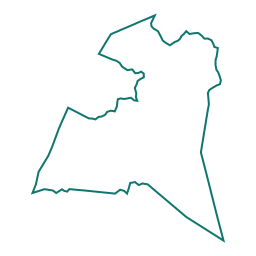 outline of Ingá, Paraíba, Brazil
{"feature_id": "56859067B54880243717601", "entity_name": "Ingá", "entity_type": "district", "adm_level": 2, "iso_a3": "BRA", "parent_name": "Brazil", "parent_adm1": "Paraíba", "projection": "robinson", "projection_center": [-35.625, -7.279], "detail": "fine", "context": "isolated", "style": "outline", "palette": "teal", "viewbox_px": 256, "rotation_deg": 0, "n_neighbors": 0, "source": "geoboundaries", "source_scale": "gbopen_adm2", "svg_char_len": 1406}
<svg xmlns="http://www.w3.org/2000/svg" viewBox="0 0 256 256"><path d="M38.6,171.8L35.9,184.3L32.5,193.0L44.4,189.2L47.8,189.7L52.9,190.5L56.2,193.0L62.0,189.3L64.2,190.9L67.1,191.6L69.4,189.1L77.4,189.9L83.5,190.4L115.1,193.6L120.1,189.7L124.2,190.9L127.0,193.6L128.7,188.6L130.2,183.0L135.0,182.1L138.9,185.1L142.4,183.5L147.6,184.3L186.3,217.0L223.5,240.6L216.9,215.4L206.9,175.7L200.9,152.4L207.3,113.0L208.9,104.3L207.9,92.9L209.3,90.0L212.3,88.0L216.9,85.3L219.9,84.2L220.9,80.4L219.6,76.1L218.2,72.3L216.5,70.0L215.5,64.8L215.6,59.9L216.7,56.3L217.3,52.3L217.8,48.0L214.3,46.9L213.3,43.8L211.4,40.2L208.0,38.6L204.3,38.6L201.9,35.8L198.1,32.9L193.5,33.3L189.6,34.0L186.2,31.2L183.7,34.2L181.5,36.0L180.0,38.8L178.0,40.7L174.7,42.0L169.9,45.3L166.0,43.0L162.8,40.6L160.3,35.6L158.0,31.2L153.7,28.6L151.5,26.3L151.1,23.2L154.8,15.4L138.7,22.2L135.2,23.8L127.2,27.2L110.9,34.2L107.5,39.6L98.9,53.9L112.0,59.4L116.4,60.8L119.6,62.8L122.1,66.7L127.3,70.1L132.2,69.4L135.2,73.2L138.3,73.0L141.1,71.7L143.7,73.5L143.8,77.3L140.6,78.9L137.6,81.0L136.7,84.2L134.8,88.0L136.3,93.3L135.9,97.1L137.2,100.8L134.3,100.4L130.9,97.7L127.2,98.5L124.0,99.0L120.9,98.4L117.9,99.2L117.3,102.3L116.8,106.6L114.8,111.4L110.8,110.7L107.1,111.9L104.9,115.0L101.6,116.5L98.4,117.0L95.4,119.4L92.5,118.6L88.9,118.4L68.1,107.7L59.0,128.2L52.2,146.7L48.3,155.8L38.6,171.8Z" fill="none" stroke="#0f766e" stroke-width="2"/></svg>